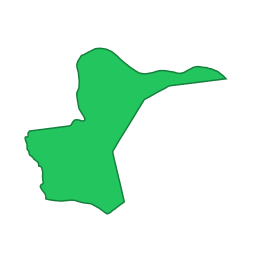 Aguacatán, Huehuetenango, Guatemala, rotated 83°
{"feature_id": "79465075B67295913435518", "entity_name": "Aguacatán", "entity_type": "district", "adm_level": 2, "iso_a3": "GTM", "parent_name": "Guatemala", "parent_adm1": "Huehuetenango", "projection": "orthographic", "projection_center": [-91.279, 15.403], "detail": "fine", "context": "isolated", "style": "filled", "palette": "green", "viewbox_px": 256, "rotation_deg": 83, "n_neighbors": 0, "source": "geoboundaries", "source_scale": "gbopen_adm2", "svg_char_len": 1971}
<svg xmlns="http://www.w3.org/2000/svg" viewBox="0 0 256 256"><g transform="rotate(83 128 128)"><path d="M200.8,140.7L179.8,142.9L177.7,143.2L161.6,145.0L159.6,145.2L156.6,145.6L149.6,146.2L139.6,138.6L121.6,124.1L111.7,116.3L101.7,108.3L99.6,102.7L98.8,100.9L95.7,93.5L95.3,92.4L93.5,87.5L92.8,85.7L92.2,84.5L91.6,83.2L91.2,81.7L91.1,24.7L87.3,27.6L82.7,32.3L80.2,36.9L79.3,38.5L79.0,40.0L77.4,43.2L77.2,45.2L75.6,50.6L75.5,52.7L75.8,55.7L76.7,58.1L77.6,60.6L78.8,63.5L79.7,65.6L80.2,69.2L79.9,71.1L79.6,72.2L79.1,73.6L78.3,75.2L77.3,78.5L75.5,84.7L75.0,88.5L75.0,91.0L76.1,97.1L76.4,103.5L76.1,105.9L74.9,109.9L72.2,113.6L70.1,116.0L67.6,118.9L65.4,120.9L63.5,122.9L57.9,128.0L55.1,130.1L53.2,132.0L50.4,134.6L47.2,139.8L45.5,145.7L45.3,150.7L47.8,157.9L49.7,162.5L50.2,164.4L50.3,165.3L55.4,169.5L58.8,171.1L61.9,171.2L66.7,170.5L75.8,170.7L82.2,171.8L86.8,174.5L89.0,174.8L94.0,174.8L97.4,174.6L100.6,174.5L102.0,174.3L103.3,174.1L111.3,170.4L112.7,170.0L113.6,169.8L114.2,169.8L114.9,169.9L115.3,170.2L115.4,170.8L115.5,171.7L115.4,172.8L114.6,174.5L113.7,177.0L113.5,179.4L114.1,180.7L115.3,182.1L118.0,184.0L118.4,184.6L118.6,185.2L118.8,186.2L119.0,226.2L120.1,227.1L120.5,227.5L121.0,227.9L123.2,228.0L123.8,228.2L124.3,228.5L124.6,228.8L124.7,229.2L124.4,230.1L124.4,230.8L124.8,231.1L125.1,231.3L125.5,231.3L127.8,231.2L131.5,230.2L136.9,230.7L139.1,229.3L142.3,229.1L143.0,228.7L145.5,226.0L147.1,225.4L148.0,224.5L149.1,223.4L151.5,221.2L154.9,221.2L155.5,219.5L156.6,218.6L161.3,218.0L166.1,218.8L169.2,218.9L171.7,218.7L172.3,218.9L172.8,219.2L173.1,219.7L173.6,221.1L175.0,222.1L176.0,222.1L177.9,221.4L179.8,220.4L183.1,218.4L185.8,217.8L188.3,218.2L189.4,215.5L191.0,210.0L192.4,202.9L192.7,192.8L193.2,190.3L193.6,188.9L194.3,187.6L195.0,186.0L196.6,182.0L198.7,173.9L204.0,166.5L207.1,163.2L209.1,161.2L210.7,159.1L209.9,156.2L207.9,153.2L206.7,150.8L203.6,145.8L201.8,142.3L200.8,140.7Z" fill="#22c55e" stroke="#15803d" stroke-width="1.5"/></g></svg>